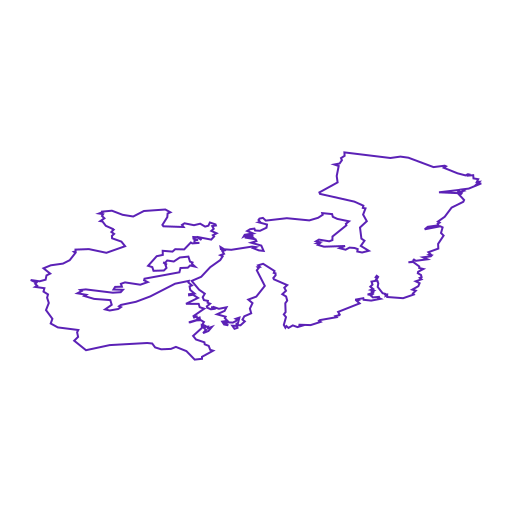 outline of Flakstad nor, Nordland, Norway
{"feature_id": "86288312B97384996030155", "entity_name": "Flakstad nor", "entity_type": "district", "adm_level": 2, "iso_a3": "NOR", "parent_name": "Norway", "parent_adm1": "Nordland", "projection": "equal_earth", "projection_center": [13.24, 68.069], "detail": "fine", "context": "isolated", "style": "outline", "palette": "violet", "viewbox_px": 512, "rotation_deg": 0, "n_neighbors": 0, "source": "geoboundaries", "source_scale": "gbopen_adm2", "svg_char_len": 6088}
<svg xmlns="http://www.w3.org/2000/svg" viewBox="0 0 512 512"><path d="M390.4,158.0L344.4,152.4L344.6,155.8L341.0,158.1L341.9,160.2L339.6,163.5L334.3,164.5L338.7,166.0L336.7,176.0L337.6,182.4L319.4,192.4L320.0,193.9L354.3,201.6L363.4,205.7L362.8,207.9L365.5,208.4L363.1,214.6L366.8,221.2L360.0,227.5L361.4,238.6L364.5,240.7L360.8,245.9L368.8,250.8L362.1,252.5L357.3,251.5L357.7,249.1L354.6,248.0L349.5,247.6L345.6,249.7L339.7,248.2L345.0,246.0L324.0,246.7L317.9,244.9L319.4,243.6L317.1,243.3L319.9,242.2L316.1,241.3L318.9,239.6L329.2,241.3L332.4,240.1L332.5,236.5L346.4,225.3L345.9,223.8L349.0,221.3L337.3,218.9L332.8,216.8L332.1,214.1L322.2,213.1L322.7,214.8L318.1,217.8L309.3,220.4L286.8,218.2L265.8,220.6L262.9,217.9L259.5,218.6L258.5,220.0L260.1,221.9L258.7,222.3L267.0,224.5L266.5,227.7L260.0,230.8L255.1,230.5L254.4,228.6L250.1,229.2L247.2,231.0L253.1,233.4L244.7,234.8L243.7,236.5L246.7,235.0L253.4,235.6L250.2,236.0L254.3,238.5L248.2,236.5L244.8,237.5L255.5,239.3L256.4,241.1L251.2,242.7L261.3,245.6L263.6,250.9L258.9,250.4L253.3,248.2L255.9,247.1L252.0,246.6L231.3,249.8L224.2,249.3L220.5,247.0L220.9,249.1L225.9,250.0L222.3,251.1L224.0,253.8L220.4,255.2L222.7,256.3L220.2,260.1L210.2,267.2L201.2,276.8L191.7,280.9L199.1,289.7L204.8,293.7L202.7,297.2L203.9,300.1L207.9,300.9L207.6,302.7L210.1,303.7L206.8,306.4L207.2,307.7L210.9,309.3L215.6,308.7L211.2,307.0L213.6,307.5L212.8,306.7L218.9,308.8L226.5,307.3L224.6,310.9L217.0,314.3L225.6,316.7L224.8,318.1L227.4,320.8L222.2,321.6L224.1,324.5L228.2,325.3L224.0,322.2L232.8,322.6L236.0,321.0L237.1,319.5L235.8,318.8L239.4,317.6L237.8,323.7L235.7,323.7L237.1,324.2L236.1,325.9L232.3,325.7L234.5,328.8L237.5,327.8L236.9,325.1L240.5,325.3L244.8,321.4L242.5,319.6L244.3,316.3L251.2,313.3L249.9,308.6L252.5,303.1L248.3,299.6L256.3,296.6L264.8,285.9L256.8,270.3L258.6,268.1L257.7,267.2L259.8,266.9L258.2,265.3L263.1,263.8L274.5,271.0L273.8,272.9L275.5,273.3L275.6,275.3L273.3,278.0L273.9,279.3L287.2,285.1L284.3,287.7L286.0,290.8L282.3,294.2L286.1,296.5L287.2,300.6L285.3,303.2L285.6,312.1L283.8,314.4L286.0,317.1L283.8,324.9L285.4,327.7L286.4,326.1L288.5,327.9L292.8,325.4L297.5,327.1L301.8,325.8L298.6,324.7L310.6,325.1L320.6,321.9L319.0,320.8L319.9,320.1L336.5,317.2L335.4,316.1L340.2,315.0L338.3,315.1L339.6,314.4L338.1,311.9L359.6,303.4L356.7,300.8L357.8,300.4L355.2,299.7L363.3,298.2L363.6,299.8L371.2,300.6L380.6,298.8L378.0,297.6L379.8,296.8L372.9,297.4L370.7,295.5L371.7,294.8L367.6,294.5L373.3,292.8L373.5,291.6L370.9,292.2L373.8,290.7L370.8,289.9L373.1,288.9L370.3,286.7L372.5,284.6L371.5,281.6L376.9,280.6L375.9,279.8L377.0,278.2L375.6,277.3L376.7,275.8L378.1,276.9L376.5,279.6L378.3,283.3L377.7,286.9L382.6,293.2L385.8,294.0L384.1,294.2L386.0,294.4L385.7,295.7L387.2,294.8L387.2,297.0L403.1,298.2L413.8,294.5L412.9,293.5L415.8,290.7L412.3,289.6L418.3,286.2L419.6,283.2L415.7,281.3L421.5,279.3L419.8,277.9L421.6,277.1L421.0,275.0L417.8,273.2L418.1,271.8L423.4,269.0L419.2,268.0L419.3,266.5L413.2,262.0L408.4,262.3L414.2,261.5L412.4,261.5L414.1,260.5L413.3,259.1L415.8,260.8L427.5,259.3L423.0,257.3L430.8,256.3L431.8,255.3L429.2,254.6L430.4,254.1L428.4,252.2L438.3,248.6L438.1,243.9L443.6,235.6L441.0,233.0L442.6,227.4L440.3,226.3L424.7,229.3L427.8,226.8L438.5,225.3L437.7,223.8L439.6,222.6L437.9,221.6L444.7,216.8L451.6,207.6L463.3,201.8L464.1,200.0L458.8,194.3L461.2,193.9L461.6,193.3L439.0,192.3L459.5,189.9L458.4,191.5L460.0,191.8L464.2,190.7L462.2,189.4L468.7,188.6L481.3,183.4L477.0,183.9L479.3,181.8L476.8,182.0L478.2,179.2L473.5,178.4L473.2,175.2L468.4,175.6L469.2,174.5L467.9,174.2L465.5,175.4L457.5,173.3L443.8,167.8L446.0,166.3L444.7,165.7L433.5,167.1L408.4,157.7L400.4,156.6L390.4,158.0ZM194.7,359.6L202.0,358.8L202.0,356.8L213.1,350.7L210.2,349.8L208.7,345.9L204.7,344.3L204.4,342.3L196.0,339.5L193.1,335.9L201.9,327.9L201.8,325.9L205.9,329.9L203.1,333.1L208.4,331.0L211.9,326.9L207.9,328.3L208.2,326.6L204.4,327.1L205.2,325.8L202.3,324.5L203.9,322.0L200.9,320.2L196.5,320.4L190.1,322.4L188.9,322.3L199.9,319.0L199.6,317.5L197.3,318.4L196.7,316.5L194.1,317.5L193.5,316.1L204.2,308.7L199.7,307.2L198.7,303.9L186.0,303.8L198.0,297.9L193.1,294.8L189.1,295.3L189.0,294.2L194.5,293.5L190.2,289.9L189.6,286.4L191.9,285.4L188.4,282.5L188.8,280.9L175.1,283.7L150.3,296.4L135.9,301.8L121.0,304.9L119.1,306.2L121.0,307.1L118.2,309.0L109.7,310.5L105.1,309.4L111.7,304.8L110.3,300.1L94.1,298.9L84.3,296.0L86.2,294.8L77.4,293.3L81.6,291.1L80.2,290.0L85.8,289.4L112.7,292.7L120.7,292.2L122.9,289.8L113.5,289.5L115.1,286.9L121.9,286.7L120.9,283.8L125.0,282.4L140.3,284.7L147.7,282.1L144.1,280.3L144.5,278.7L179.4,272.3L180.5,268.0L187.8,267.7L190.1,265.5L195.0,266.6L191.9,263.8L192.5,262.5L190.0,261.6L188.4,256.6L179.8,257.5L173.8,261.5L167.2,260.5L165.2,262.8L163.2,262.5L167.0,264.6L165.2,264.2L166.5,267.9L163.9,270.5L153.5,270.8L152.3,267.1L148.1,265.8L156.7,256.2L162.8,254.9L162.7,250.8L172.5,251.6L175.2,249.2L184.2,249.4L190.8,242.5L192.3,243.4L199.4,242.9L194.4,242.8L194.5,240.3L198.0,239.9L193.5,238.7L193.3,237.0L197.5,237.2L201.4,240.0L199.2,237.3L211.2,239.6L214.1,236.5L212.9,235.2L216.6,233.3L211.3,230.9L213.7,228.8L212.2,226.1L215.9,225.5L215.5,224.4L209.9,222.5L208.4,225.7L205.1,226.6L200.2,223.7L194.0,225.2L184.5,223.3L182.0,224.9L183.6,227.0L163.4,226.3L162.4,224.9L167.3,217.1L167.6,213.5L170.4,212.3L165.3,209.5L143.9,211.0L133.2,216.5L122.6,214.8L111.9,210.7L101.1,211.7L102.7,212.1L99.0,213.5L103.1,214.2L102.0,216.0L104.4,218.3L100.3,221.1L102.5,221.5L105.8,225.8L113.6,229.3L112.0,229.0L113.6,229.7L111.4,232.0L114.1,233.9L111.9,235.9L112.1,238.3L121.4,241.6L125.1,246.2L106.4,252.8L88.9,249.1L75.5,249.6L75.6,251.4L74.0,251.8L75.5,252.8L69.7,260.2L63.0,263.6L50.8,265.3L43.5,268.3L50.2,273.6L46.5,275.4L45.6,279.7L39.6,281.3L30.7,280.0L36.4,282.7L35.2,283.8L37.1,285.7L35.2,286.9L44.4,288.2L43.5,291.6L48.0,294.4L47.1,297.7L48.8,303.0L46.0,310.1L52.4,318.8L50.7,323.5L57.8,327.4L78.3,330.0L77.1,332.3L78.1,336.9L74.2,340.7L86.0,350.2L109.7,345.1L147.2,343.0L152.2,343.5L155.1,347.4L161.2,349.3L170.9,348.9L175.9,346.9L186.4,351.1L194.7,359.6Z" fill="none" stroke="#5b21b6" stroke-width="2"/></svg>